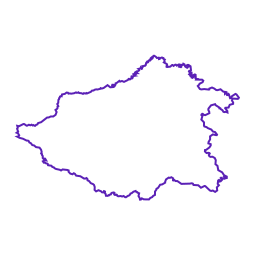 outline of João Pinheiro, Minas Gerais, Brazil, rotated 89°
{"feature_id": "56859067B28201931947833", "entity_name": "João Pinheiro", "entity_type": "district", "adm_level": 2, "iso_a3": "BRA", "parent_name": "Brazil", "parent_adm1": "Minas Gerais", "projection": "equal_earth", "projection_center": [-45.971, -17.645], "detail": "fine", "context": "isolated", "style": "outline", "palette": "violet", "viewbox_px": 256, "rotation_deg": 89, "n_neighbors": 0, "source": "geoboundaries", "source_scale": "gbopen_adm2", "svg_char_len": 5708}
<svg xmlns="http://www.w3.org/2000/svg" viewBox="0 0 256 256"><g transform="rotate(89 128 128)"><path d="M99.6,16.6L96.3,19.0L95.8,20.0L98.0,23.5L99.9,24.6L100.0,25.4L96.1,26.5L95.7,27.0L96.8,27.8L96.8,28.4L96.0,28.9L94.0,28.8L93.8,29.2L95.1,30.4L93.6,30.4L93.3,32.1L90.9,34.8L91.7,37.7L91.6,39.1L90.1,41.0L89.0,43.3L90.0,46.0L90.9,46.1L91.0,46.6L90.4,51.1L90.7,54.1L90.2,55.5L87.2,57.5L85.8,56.0L85.0,55.7L83.5,52.6L82.0,51.9L81.0,53.0L80.8,58.5L80.2,57.9L80.0,59.4L79.6,59.7L76.9,59.5L77.3,60.7L79.0,62.6L78.6,63.6L77.2,63.6L77.2,63.0L78.0,62.5L77.8,61.9L77.2,61.9L76.5,63.4L77.0,64.7L76.0,65.1L75.4,65.9L74.6,65.1L74.6,63.5L73.8,63.5L73.6,65.3L72.5,66.1L72.0,65.8L71.7,64.2L71.4,64.0L67.4,64.4L66.0,66.4L66.0,67.6L66.3,67.9L66.5,66.5L67.5,65.9L67.5,66.6L68.8,67.6L68.7,68.1L67.5,69.8L65.4,70.4L64.7,71.6L65.9,72.1L65.7,74.4L66.2,74.2L66.4,73.5L67.8,73.6L68.1,74.0L67.6,75.9L65.7,75.4L65.4,75.6L65.4,76.3L66.5,78.1L65.6,78.9L65.5,79.6L66.7,81.4L65.8,82.3L65.8,82.8L67.4,84.7L67.7,87.9L67.5,88.4L66.7,88.4L65.9,87.7L64.8,88.0L63.0,91.0L62.1,90.2L60.7,90.5L60.2,90.1L59.6,91.2L58.7,91.4L58.8,92.1L58.1,92.8L58.7,94.7L59.5,95.1L59.6,95.7L58.5,95.5L58.2,95.9L58.5,97.9L57.3,98.9L56.2,100.6L56.3,101.3L58.1,102.0L57.6,102.8L58.0,103.3L58.5,102.4L59.0,102.6L58.7,103.9L59.1,104.2L59.4,103.5L60.4,104.2L60.5,105.1L61.0,105.1L61.0,106.1L61.6,106.4L61.8,107.6L62.2,107.9L62.8,107.3L63.4,108.8L65.3,109.1L66.0,109.7L65.9,110.5L66.3,110.9L66.4,112.5L67.3,112.3L67.7,113.1L68.9,112.9L69.1,113.4L67.8,114.2L68.6,114.5L69.1,116.5L69.7,115.8L70.6,115.8L71.7,117.7L71.5,118.3L72.6,120.0L73.6,119.5L72.9,118.4L73.3,117.9L73.3,118.5L74.1,118.9L74.4,120.2L74.1,121.1L74.3,121.7L75.5,121.0L75.9,120.1L76.1,121.4L76.5,122.0L76.4,123.5L76.7,123.6L77.8,122.5L78.4,122.8L78.3,124.0L79.2,124.6L79.5,125.3L78.9,126.0L78.9,126.5L80.0,127.3L81.8,131.2L80.9,133.2L81.5,135.1L80.7,135.8L82.8,138.6L83.1,139.6L84.4,139.7L85.8,140.6L84.6,141.3L84.5,142.9L85.1,143.2L85.6,142.9L86.1,141.8L86.8,142.1L87.0,145.0L84.8,147.7L87.6,151.7L88.1,153.5L87.7,154.6L88.2,154.7L88.4,155.2L89.0,158.0L88.8,159.1L89.2,160.8L89.9,161.7L90.0,163.4L91.2,164.5L92.8,168.5L92.3,169.0L92.8,170.0L92.4,171.5L93.1,172.4L92.4,174.0L92.2,176.2L91.5,176.9L91.8,177.3L91.9,178.8L91.5,179.4L92.3,181.3L92.7,184.3L92.4,185.5L92.6,186.9L91.7,187.4L91.5,188.8L92.8,190.6L93.3,193.4L95.1,193.8L94.9,194.4L95.4,195.5L96.4,195.7L97.0,196.4L97.9,196.4L98.7,197.1L101.6,197.3L102.8,198.3L104.9,197.3L105.4,198.1L106.8,198.1L107.6,198.6L108.7,200.2L110.8,199.1L113.6,200.2L115.2,202.6L115.1,205.0L116.1,207.1L116.1,208.7L120.7,214.8L121.5,217.8L122.8,218.5L123.3,219.9L124.2,220.8L124.1,221.5L123.4,222.4L123.8,223.3L123.0,224.3L123.6,225.7L123.0,227.0L123.9,228.8L123.9,229.4L122.3,231.6L122.2,232.5L124.3,236.9L123.9,238.7L125.9,238.2L126.8,238.9L129.7,237.9L130.8,239.4L131.4,238.1L133.4,236.9L134.4,237.6L134.7,238.9L136.0,236.5L136.9,233.2L138.8,229.6L138.9,228.2L139.2,227.6L140.7,226.9L141.6,225.3L143.4,224.0L143.8,222.2L145.5,220.3L146.1,216.8L148.2,215.3L150.5,214.7L152.0,215.3L152.6,214.4L153.7,214.4L154.6,213.7L156.5,213.8L157.4,213.0L157.1,212.6L157.2,211.4L159.0,210.4L158.8,211.5L159.8,213.7L161.2,212.8L161.3,211.3L162.0,210.5L162.1,209.4L162.4,208.9L163.8,208.6L164.4,205.2L165.6,204.4L166.1,202.8L166.9,202.2L167.7,200.7L168.6,196.9L169.3,195.7L168.3,194.1L168.9,189.3L169.4,188.1L170.7,188.2L172.6,186.5L173.3,184.3L172.3,183.0L172.9,181.9L174.7,180.7L175.4,176.5L177.8,172.8L177.8,171.4L177.3,170.4L178.2,169.5L179.6,169.4L180.4,167.8L182.5,166.2L183.5,163.9L184.3,163.0L186.4,162.3L189.3,162.5L190.8,161.0L189.7,158.6L190.9,155.9L191.8,155.2L192.0,154.0L191.7,153.4L190.7,153.1L190.9,152.4L191.2,152.1L192.7,152.3L193.4,151.6L195.4,151.2L195.5,149.4L194.8,148.7L195.0,148.1L194.3,147.4L194.1,146.3L192.9,145.8L192.5,145.1L192.2,143.3L192.8,142.6L193.8,143.1L194.6,142.6L194.7,141.4L194.4,140.9L194.6,140.3L195.6,139.9L196.1,139.0L195.9,136.4L196.4,135.1L195.9,133.6L197.1,132.1L197.2,131.3L195.8,129.2L195.7,128.5L194.8,127.3L193.6,126.7L193.2,125.4L191.8,123.7L191.1,121.5L191.7,121.3L192.3,119.8L192.8,119.7L193.5,118.0L196.2,118.7L198.5,117.4L199.8,117.3L199.8,116.4L198.6,115.4L199.6,113.5L199.8,108.3L198.3,106.9L197.5,105.0L196.3,104.0L195.4,102.2L192.0,102.1L190.1,100.7L189.3,100.6L188.3,98.9L185.3,96.9L185.0,94.8L183.3,91.8L182.5,91.8L180.1,90.9L178.3,88.2L178.6,87.0L178.0,85.5L179.1,83.8L181.1,83.9L181.2,83.5L180.4,83.1L181.9,81.3L181.9,79.6L184.8,75.6L184.7,67.3L184.4,65.1L184.8,64.1L186.1,63.5L186.5,58.7L189.0,56.1L187.3,52.5L187.5,51.7L191.9,47.2L192.4,45.9L192.0,44.3L193.4,42.0L192.0,39.9L188.9,40.2L186.8,38.1L185.4,39.3L182.1,38.8L181.5,37.9L181.7,37.5L183.1,37.3L182.9,36.3L181.6,35.0L179.6,36.2L179.3,35.8L180.3,33.9L180.4,32.3L180.1,31.8L179.3,31.7L178.4,32.8L178.1,32.4L178.3,31.8L179.8,30.6L179.7,30.1L178.3,30.1L176.9,32.8L174.0,34.6L171.7,38.5L167.4,39.2L165.7,41.2L161.7,40.8L159.5,41.8L158.2,44.0L158.3,46.0L157.7,47.1L156.4,47.7L155.0,46.7L154.5,47.0L154.2,48.1L154.4,49.9L152.8,51.5L151.4,51.4L151.2,50.2L148.8,46.9L146.9,45.6L145.6,45.6L144.8,47.9L143.4,47.7L140.8,46.1L137.8,46.1L135.9,43.3L136.7,40.0L136.7,39.4L136.2,39.1L133.6,41.0L133.0,43.2L131.0,44.7L129.5,48.2L128.5,49.4L127.8,51.6L127.0,52.0L123.7,51.9L120.9,54.5L117.4,53.4L116.4,54.4L115.8,54.3L115.1,53.5L115.2,53.0L116.2,51.8L116.5,50.6L114.6,46.4L113.2,46.5L111.3,47.4L110.0,47.2L106.8,44.6L105.7,40.5L106.7,40.0L109.0,36.5L109.9,36.3L109.9,35.3L110.7,35.0L111.8,33.3L113.5,32.3L113.8,31.4L113.5,29.8L114.2,28.3L112.7,28.4L109.9,30.5L109.5,30.3L109.3,27.1L106.6,25.9L105.7,22.5L104.4,22.4L102.3,23.6L100.4,22.9L100.8,17.8L100.5,17.1L99.6,16.6ZM76.9,59.5L76.0,59.6L75.6,60.2L75.9,60.9L76.9,59.5Z" fill="none" stroke="#5b21b6" stroke-width="2"/></g></svg>